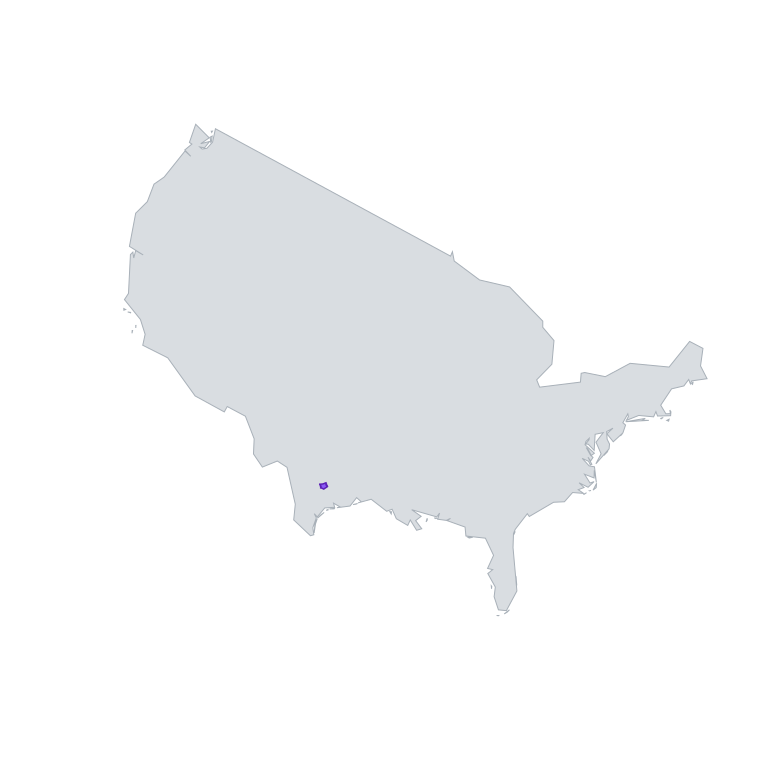 location of Guadalupe, Texas, United States of America, rotated 23°
{"feature_id": "52423323B15867360599504", "entity_name": "Guadalupe", "entity_type": "district", "adm_level": 2, "iso_a3": "USA", "parent_name": "United States of America", "parent_adm1": "Texas", "projection": "albers", "projection_center": [-97.953, 29.612], "detail": "fine", "context": "in_parent", "style": "filled", "palette": "violet", "viewbox_px": 768, "rotation_deg": 23, "n_neighbors": 0, "source": "geoboundaries", "source_scale": "gbopen_adm2", "svg_char_len": 4361}
<svg xmlns="http://www.w3.org/2000/svg" viewBox="0 0 768 768"><g transform="rotate(23 384 384)"><path d="M602.5,268.8L639.8,257.0L648.7,225.4L663.7,226.6L668.3,243.7L679.3,252.9L666.0,260.9L666.0,264.2L662.7,260.8L660.8,268.6L650.6,276.1L647.0,295.4L655.1,301.3L659.2,299.4L657.3,296.3L659.0,297.5L660.2,301.2L648.3,306.6L645.1,303.2L645.0,308.9L630.8,313.4L621.3,322.8L621.7,318.5L620.1,316.2L619.0,326.3L622.4,327.4L623.0,335.7L617.6,347.6L608.6,342.7L612.0,335.2L607.5,340.8L611.0,347.7L615.1,351.2L616.5,355.8L610.2,374.7L611.1,363.4L601.9,354.7L604.8,343.1L598.0,347.8L603.4,363.0L595.5,359.6L593.1,360.5L594.5,355.2L594.1,353.7L592.3,358.0L592.8,361.4L604.7,365.5L602.8,368.8L597.0,364.1L595.0,363.5L602.2,369.0L605.1,369.9L604.3,374.1L600.4,371.7L606.7,376.7L605.5,377.8L602.5,375.2L595.5,375.0L604.8,379.2L610.1,378.0L618.0,391.7L611.3,381.3L614.1,388.4L603.8,388.7L612.3,394.6L615.5,391.8L612.2,399.3L602.2,398.7L608.6,401.1L604.1,405.4L610.5,406.7L600.0,410.2L596.1,421.9L586.3,426.6L569.5,449.2L566.6,447.4L561.6,466.4L561.6,471.0L566.7,484.2L587.2,522.6L585.2,544.8L577.6,547.2L568.5,536.8L565.8,527.4L553.6,517.9L556.6,512.4L551.4,513.3L551.8,498.9L537.6,486.3L518.8,491.9L514.5,484.0L495.6,485.1L497.7,481.7L494.6,485.2L486.2,487.5L485.6,481.1L484.5,485.7L458.6,488.9L469.9,491.3L466.5,497.4L475.3,502.5L471.2,505.9L461.3,498.9L461.1,504.9L448.0,503.2L440.4,496.1L436.2,500.1L417.2,495.1L406.5,503.6L409.2,501.3L403.2,499.3L400.4,509.6L389.0,516.3L391.7,514.3L384.1,513.4L386.7,516.8L377.9,521.2L374.5,532.4L370.5,530.6L374.0,533.6L374.6,544.0L378.3,550.2L375.6,552.4L354.0,544.4L349.3,529.3L327.3,498.6L315.9,496.6L304.5,508.0L291.2,499.4L285.9,485.2L269.0,467.8L248.5,466.0L247.9,472.1L214.8,468.8L174.7,444.4L146.8,442.6L144.7,431.6L134.6,419.8L112.1,407.7L113.4,400.4L100.0,363.9L101.3,360.7L104.4,365.8L103.3,358.2L111.9,359.3L95.9,356.8L88.7,323.8L94.9,308.6L94.2,289.9L100.8,279.4L109.8,247.3L117.1,249.9L109.2,246.4L113.4,238.2L110.5,237.7L109.2,218.5L126.9,225.7L121.4,234.4L128.7,228.9L126.5,236.7L121.8,237.8L124.8,238.8L128.9,236.2L131.7,228.4L129.1,214.9L395.3,240.3L395.3,235.5L400.6,243.4L431.3,250.9L461.7,245.6L505.6,264.1L508.0,269.8L523.5,277.6L530.8,300.2L522.9,320.5L528.5,326.1L564.1,305.5L561.3,297.1L564.3,295.0L584.8,290.8L602.5,268.8ZM636.0,316.4L642.0,314.0L621.2,324.3L637.9,313.6L636.0,316.4ZM129.0,222.9L130.4,228.4L130.1,229.2L127.5,224.7L129.0,222.9ZM377.9,548.4L375.0,539.4L375.2,534.2L375.6,539.6L377.9,548.4ZM667.7,261.1L668.2,263.8L667.1,263.5L667.7,261.1ZM440.8,498.7L441.4,500.8L439.2,499.2L440.8,498.7ZM119.9,417.8L122.8,417.1L122.9,417.5L119.9,417.8ZM117.1,416.4L115.7,417.7L115.0,416.2L117.1,416.4ZM654.1,305.7L652.7,307.8L652.2,307.5L654.1,305.7ZM376.8,529.5L375.2,533.6L379.1,525.6L376.8,529.5ZM580.9,509.9L584.9,517.5L580.3,509.2L580.9,509.9ZM132.8,427.0L133.6,429.4L132.6,427.1L132.8,427.0ZM586.6,545.8L584.5,548.7L587.7,542.8L586.6,545.8ZM619.8,396.5L617.9,400.0L618.5,392.3L619.8,396.5ZM127.3,218.2L127.1,219.7L126.2,218.8L127.3,218.2ZM386.9,518.4L382.7,520.3L387.0,517.8L386.9,518.4ZM660.2,305.0L660.5,307.0L658.5,307.0L660.2,305.0ZM131.7,433.0L132.2,435.8L131.3,433.2L131.7,433.0ZM381.7,521.9L380.1,522.9L381.5,521.3L381.7,521.9ZM616.1,359.3L614.3,363.9L616.2,357.6L616.1,359.3ZM405.2,505.5L402.6,507.1L406.4,504.3L405.2,505.5ZM562.4,468.5L562.4,471.9L561.8,469.6L562.4,468.5ZM611.5,407.1L610.8,407.9L612.9,404.9L611.5,407.1ZM525.6,490.4L522.6,492.5L521.2,492.3L525.6,490.4ZM484.9,487.0L484.4,487.6L482.5,487.6L484.9,487.0ZM562.3,528.2L563.0,530.5L561.6,527.8L562.3,528.2ZM477.0,492.3L476.6,494.5L476.2,490.7L477.0,492.3ZM579.9,552.6L578.1,553.1L580.6,552.0L579.9,552.6ZM622.7,337.2L621.9,339.5L622.8,336.3L622.7,337.2ZM616.1,401.1L615.1,402.0L614.9,402.0L616.1,401.1Z" fill="#d9dde1" stroke="#a8b0b8" stroke-width="1"/><path d="M364.0,501.3L364.1,501.6L364.4,501.9L364.8,501.8L365.0,502.2L365.2,502.3L365.4,502.6L365.7,502.6L365.7,502.9L366.0,502.8L366.2,503.3L366.2,504.2L366.3,504.4L366.7,504.2L368.2,504.2L369.6,504.3L370.6,502.7L371.7,501.1L372.0,500.5L371.8,500.4L371.4,500.2L371.3,500.3L371.2,500.1L370.7,499.8L370.8,499.6L370.4,499.6L370.6,499.5L370.4,499.4L370.3,499.0L370.1,499.1L370.1,498.9L369.9,498.7L369.7,498.7L369.6,498.1L369.5,497.9L369.3,497.7L369.2,497.6L368.3,498.4L367.7,499.1L366.6,500.0L365.3,500.7L364.0,501.3Z" fill="#8b5cf6" stroke="#5b21b6" stroke-width="1.5"/></g></svg>